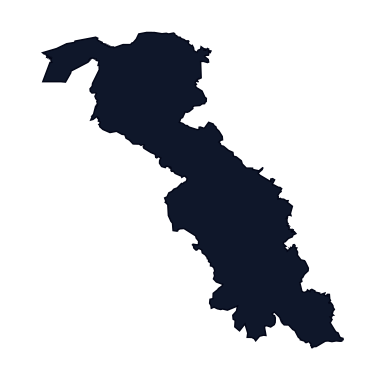 the district of Altotonga, Veracruz, Mexico, rotated 87°
{"feature_id": "50627088B58942716797711", "entity_name": "Altotonga", "entity_type": "district", "adm_level": 2, "iso_a3": "MEX", "parent_name": "Mexico", "parent_adm1": "Veracruz", "projection": "robinson", "projection_center": [-97.134, 19.765], "detail": "fine", "context": "isolated", "style": "filled", "palette": "ink", "viewbox_px": 384, "rotation_deg": 87, "n_neighbors": 0, "source": "geoboundaries", "source_scale": "gbopen_adm2", "svg_char_len": 5910}
<svg xmlns="http://www.w3.org/2000/svg" viewBox="0 0 384 384"><g transform="rotate(87 192 192)"><path d="M310.8,169.5L310.4,167.5L311.8,162.8L308.2,152.5L313.3,153.8L317.2,157.7L321.2,157.5L322.4,155.6L328.9,156.3L333.1,151.8L326.4,146.0L335.8,143.7L340.0,144.5L340.3,140.0L341.7,137.5L343.9,136.2L339.5,132.1L338.7,128.0L339.1,125.7L331.1,126.7L329.5,126.1L329.4,124.3L330.9,120.5L328.7,116.8L326.6,115.8L322.1,115.4L319.8,116.1L319.7,117.1L317.8,118.4L316.1,116.0L321.8,110.9L326.2,109.5L326.1,108.6L327.3,108.9L329.5,106.9L329.8,102.5L334.6,98.5L335.8,96.5L342.6,93.4L344.2,91.5L345.2,91.6L346.8,87.3L348.2,86.6L348.3,85.3L347.4,83.7L347.9,82.8L350.3,81.1L351.7,81.4L352.1,80.5L353.6,80.6L353.7,79.7L352.8,78.9L352.8,76.1L347.9,66.7L347.8,63.9L348.7,60.1L348.2,55.8L348.8,51.8L348.7,50.2L347.7,49.8L347.4,48.8L346.1,48.9L345.3,51.2L344.4,52.1L340.4,53.5L339.2,55.8L329.8,60.9L326.6,58.8L324.2,60.5L324.2,59.2L322.5,58.3L322.4,57.2L321.0,58.6L320.0,57.9L319.6,58.4L316.7,56.0L314.4,57.3L313.3,57.1L311.6,57.9L309.7,59.3L310.3,60.8L309.7,61.2L307.6,59.4L306.0,60.1L301.5,60.2L301.3,61.9L301.9,62.7L302.7,62.4L302.3,63.2L302.8,64.1L302.0,65.4L299.9,64.6L301.1,68.8L300.2,70.1L299.6,69.9L298.4,74.4L297.3,74.4L295.5,77.4L296.1,78.9L297.6,79.5L295.8,81.8L297.1,82.4L298.1,84.3L297.9,86.3L296.8,87.5L288.1,89.1L287.1,87.0L284.0,87.4L283.2,86.0L280.2,84.2L276.8,80.2L274.1,79.8L267.5,82.6L266.5,83.3L265.5,86.8L260.5,90.1L257.5,89.7L254.5,91.2L253.4,90.3L252.9,92.2L250.8,91.9L249.9,92.6L250.0,93.6L252.6,94.7L253.0,95.6L252.5,96.2L253.9,96.9L253.6,97.5L254.1,97.3L256.0,99.9L255.0,100.0L253.1,102.1L251.3,102.3L251.1,101.1L248.9,103.4L247.0,103.3L246.5,101.5L243.4,98.2L242.0,94.2L240.2,93.4L239.0,90.4L236.9,92.0L237.5,94.2L236.9,94.9L235.8,94.1L236.5,93.1L235.2,92.9L235.4,94.0L234.9,94.5L234.5,93.3L234.8,95.8L234.3,96.1L234.3,97.3L232.6,96.8L230.9,98.3L230.9,97.0L229.9,98.2L228.5,97.7L227.8,98.6L224.8,98.7L224.4,99.3L224.6,98.7L223.0,98.2L223.2,99.2L220.8,97.7L220.1,96.2L220.7,94.4L218.7,94.9L211.5,92.5L207.5,97.2L205.7,96.5L205.6,98.4L204.0,100.7L203.7,103.3L203.0,104.0L203.5,106.4L201.1,106.1L200.2,106.7L197.4,104.8L196.2,103.0L194.9,103.3L193.4,102.3L192.1,103.8L191.8,105.6L189.2,109.9L189.1,111.1L188.2,111.3L184.2,108.9L182.9,110.8L183.2,112.6L185.5,112.8L185.4,113.5L178.8,123.4L177.2,124.8L176.5,124.8L173.3,120.8L171.2,119.8L174.4,124.0L172.7,130.2L171.4,130.3L171.0,136.5L166.6,140.4L163.5,141.1L159.3,145.9L158.4,148.8L154.6,149.1L152.4,153.4L148.0,158.1L147.2,160.7L145.1,161.2L143.6,162.6L141.9,160.7L141.5,158.8L138.1,158.9L132.5,162.0L130.1,164.3L128.1,164.8L127.0,166.4L125.2,167.3L123.3,171.7L128.6,176.0L129.0,176.7L127.6,180.3L127.7,181.5L129.7,181.5L130.1,183.4L127.1,191.4L125.4,193.4L125.3,195.0L123.1,197.6L121.8,201.0L117.9,199.4L117.1,197.5L111.7,194.7L112.1,192.6L111.5,190.7L108.7,186.8L107.1,187.0L106.1,185.3L106.0,179.7L104.5,177.3L104.4,174.8L102.6,173.9L102.4,173.1L99.2,172.8L98.1,174.2L91.7,176.7L87.8,182.4L85.1,183.2L84.8,182.0L82.6,183.2L81.4,182.0L82.4,179.6L81.1,181.7L80.6,181.6L80.4,180.6L79.0,179.6L79.3,178.8L78.5,176.9L62.1,176.6L62.1,173.8L63.5,169.8L63.1,168.6L60.5,168.9L57.8,172.0L56.9,172.3L56.3,171.2L56.2,168.4L53.3,167.7L53.7,166.4L52.2,166.1L52.2,165.0L51.8,168.2L50.2,167.9L49.5,169.1L51.2,171.0L50.9,172.4L49.8,171.6L49.6,172.6L47.4,175.3L49.9,175.9L50.7,178.4L52.9,179.8L51.0,182.7L48.2,182.9L45.7,184.0L46.1,184.5L44.4,187.3L42.6,188.0L41.4,187.3L40.9,187.7L40.8,190.3L39.4,191.9L38.2,194.9L37.0,195.5L36.4,198.6L35.4,198.9L34.3,200.7L32.9,201.1L32.3,202.1L33.0,207.0L32.2,209.3L32.4,213.7L30.8,221.2L30.3,228.8L31.4,236.9L36.4,239.6L39.9,243.0L40.0,244.1L41.6,245.7L41.2,253.1L43.9,262.4L43.1,262.7L42.8,267.1L42.0,266.8L41.9,268.8L41.0,268.5L40.7,270.9L39.9,270.5L38.7,274.8L38.1,274.5L38.2,273.3L35.9,277.6L34.5,278.8L33.5,278.1L32.4,280.1L35.2,300.9L36.5,301.4L37.4,309.4L41.7,319.7L45.1,333.9L46.5,332.3L46.2,331.1L48.4,330.0L48.2,329.1L49.8,329.9L49.5,327.9L50.5,328.4L50.2,326.4L51.4,327.0L51.1,325.4L52.7,326.0L55.1,325.3L55.2,327.0L74.0,335.2L74.9,317.4L75.6,312.6L66.9,307.0L64.8,306.4L57.0,289.3L56.1,288.1L54.8,288.0L54.9,287.0L53.5,286.8L53.6,285.8L53.0,285.7L53.2,283.1L54.0,282.6L54.1,280.8L55.5,280.8L56.4,277.9L60.6,279.2L60.6,278.1L65.1,278.2L78.3,285.6L81.2,286.1L83.6,288.4L86.0,288.3L87.9,286.7L87.8,283.5L88.6,282.3L91.3,283.9L93.9,283.1L95.2,281.4L96.3,282.3L100.0,281.7L100.1,282.7L101.3,282.6L101.3,283.6L102.6,283.4L102.2,284.0L109.2,286.2L111.0,287.9L111.1,287.5L114.8,289.3L114.3,287.0L111.7,283.2L113.3,281.5L113.5,282.2L115.1,281.1L116.2,281.8L117.5,279.9L119.0,280.4L119.7,281.5L120.8,280.6L122.0,280.6L124.9,277.6L128.3,270.8L127.4,264.2L130.7,258.9L131.2,256.1L134.8,255.0L136.9,251.7L140.9,248.3L141.4,242.2L142.7,240.5L142.2,239.3L142.4,237.5L143.3,237.2L144.3,238.3L145.7,237.8L150.5,230.8L152.0,227.5L152.8,226.6L155.5,226.4L156.0,225.4L154.9,223.4L156.4,221.4L159.1,222.7L161.6,222.9L164.9,221.0L166.2,217.4L164.8,216.3L165.7,212.7L166.1,212.1L166.7,213.1L167.4,211.7L169.6,211.8L170.3,211.2L170.3,209.4L172.5,207.9L175.6,201.7L176.8,201.4L175.8,199.5L175.8,198.0L178.5,196.0L181.4,197.3L182.0,199.3L183.2,200.5L182.9,202.0L187.2,206.6L188.2,209.9L190.5,212.2L191.6,215.1L195.6,217.2L196.5,219.6L200.2,218.5L200.8,219.3L203.4,216.8L214.3,216.8L220.2,214.5L222.0,213.1L229.5,212.9L230.3,208.9L229.9,208.2L229.0,208.2L228.1,206.0L228.0,201.9L236.0,190.6L238.2,190.2L241.4,187.9L244.8,188.3L245.1,189.6L244.2,193.7L244.8,194.3L245.7,193.4L248.0,193.1L250.1,191.2L250.2,190.3L249.0,189.0L248.8,187.8L250.3,185.3L253.3,184.9L255.6,181.9L258.5,180.1L259.4,180.2L260.1,178.9L262.3,179.1L263.7,177.1L266.7,177.4L267.2,175.6L268.9,174.1L272.1,173.4L273.8,174.4L277.0,173.8L279.9,175.1L283.1,172.4L285.8,166.1L287.5,166.9L289.8,170.7L290.6,171.0L294.3,176.1L299.6,176.6L300.1,179.6L304.0,180.2L306.3,179.0L309.1,178.8L308.1,176.0L309.9,172.8L310.8,169.5Z" fill="#0f172a" stroke="#020617" stroke-width="1.5"/></g></svg>